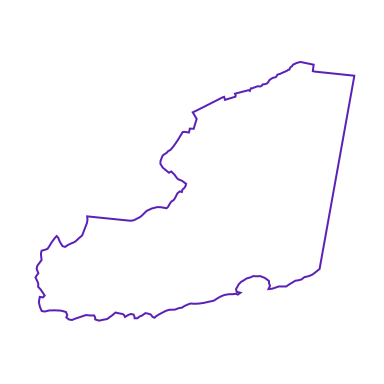 Kota Tinggi, Johor, Malaysia (Albers equal-area conic projection), rotated 100°
{"feature_id": "92858781B34033962801246", "entity_name": "Kota Tinggi", "entity_type": "district", "adm_level": 2, "iso_a3": "MYS", "parent_name": "Malaysia", "parent_adm1": "Johor", "projection": "albers", "projection_center": [103.994, 1.692], "detail": "fine", "context": "isolated", "style": "outline", "palette": "violet", "viewbox_px": 384, "rotation_deg": 100, "n_neighbors": 0, "source": "geoboundaries", "source_scale": "gbopen_adm2", "svg_char_len": 2949}
<svg xmlns="http://www.w3.org/2000/svg" viewBox="0 0 384 384"><g transform="rotate(100 192 192)"><path d="M79.7,152.1L82.4,152.6L81.9,154.0L87.7,166.7L89.3,165.8L90.6,165.8L95.5,175.5L92.7,176.9L93.4,178.2L111.6,202.5L113.4,205.1L119.2,200.1L129.4,201.3L130.0,205.2L132.1,205.2L134.0,205.4L134.0,207.0L134.0,209.3L134.6,211.6L144.1,215.3L150.5,218.3L154.4,220.6L155.8,222.5L157.9,223.8L159.9,226.1L161.3,227.3L163.9,227.8L166.8,228.4L169.8,228.0L173.1,225.0L177.0,218.1L175.4,216.0L178.1,212.1L180.4,209.8L181.8,208.0L182.7,203.8L185.0,199.2L187.6,199.5L189.9,200.6L191.2,201.8L193.8,202.0L193.5,204.1L195.8,206.1L199.1,207.1L201.8,208.0L203.4,208.9L205.0,210.7L207.6,211.9L210.8,213.0L212.4,214.2L212.4,217.4L212.4,220.2L212.9,223.6L215.2,228.7L216.8,231.0L218.6,233.5L220.9,235.1L224.1,237.4L225.7,238.8L227.8,241.6L229.9,244.3L231.0,247.5L234.2,291.0L237.5,290.1L240.9,290.1L253.8,292.6L257.5,295.6L260.9,298.2L262.5,300.2L263.9,302.5L266.0,305.3L268.1,307.4L267.8,310.1L265.5,312.2L263.5,313.8L260.2,315.9L258.9,317.7L261.2,319.1L265.8,321.4L269.9,323.0L273.1,324.4L274.5,326.9L275.9,329.9L278.7,330.1L280.5,329.7L285.1,328.3L291.5,331.5L294.5,331.7L296.1,330.8L298.7,329.2L301.0,330.4L303.3,331.3L307.2,328.5L309.3,327.4L312.0,327.1L314.3,324.1L317.3,321.2L319.6,319.1L321.7,320.5L321.7,323.7L327.0,323.7L331.6,321.8L335.3,319.3L335.3,316.3L333.4,311.9L332.3,306.2L331.6,300.7L332.0,295.4L334.8,293.5L337.3,294.0L338.9,291.2L338.9,288.0L336.6,284.3L334.8,280.9L331.6,275.1L331.3,271.0L330.6,266.9L332.2,265.7L334.3,265.2L334.8,261.1L333.4,257.7L331.8,253.5L329.9,251.7L327.6,249.4L324.0,246.4L324.2,242.0L324.2,239.0L325.1,237.4L326.7,236.3L324.4,233.7L322.8,231.2L322.8,228.4L324.6,227.1L326.3,226.6L325.8,223.8L323.7,222.0L322.3,219.7L319.4,216.9L319.4,214.2L319.8,211.4L321.9,209.1L322.3,207.0L320.5,205.7L318.0,202.9L313.8,197.4L312.0,194.2L310.8,188.4L308.5,184.5L307.6,181.7L305.8,179.9L303.7,176.9L302.1,174.1L301.6,169.8L300.5,165.2L299.1,161.0L296.8,155.5L295.2,151.6L292.4,148.6L289.9,145.6L287.8,142.2L286.2,137.8L285.5,133.9L284.6,131.1L285.1,129.1L282.8,126.8L282.5,130.7L280.0,131.8L274.9,130.0L272.0,128.1L270.1,125.8L267.6,123.1L266.2,120.1L264.1,116.9L263.9,114.3L263.0,110.2L263.9,105.6L265.1,103.1L266.2,100.8L268.5,100.3L270.8,98.9L274.3,99.8L273.3,96.2L271.5,92.9L269.9,90.0L269.2,85.8L268.7,82.8L266.0,80.1L261.4,74.8L260.5,72.0L259.1,69.0L256.3,66.5L255.4,64.2L254.0,61.4L252.4,59.1L250.3,57.1L245.7,53.0L50.7,52.3L49.3,52.4L52.1,92.0L52.0,94.0L45.5,94.3L45.1,107.9L45.6,109.0L46.2,110.0L46.8,111.6L47.4,112.2L48.2,113.3L48.9,114.5L50.1,115.1L51.1,115.6L51.9,116.6L53.2,117.1L54.6,117.4L54.9,118.4L55.9,119.3L56.7,120.3L58.9,123.7L60.2,125.5L61.0,127.1L61.6,128.2L63.0,128.7L64.3,129.4L64.8,130.3L65.3,131.8L66.2,133.0L67.3,134.2L68.5,135.3L70.4,135.9L72.2,137.1L73.2,139.0L73.8,141.1L75.3,141.8L76.3,143.3L76.4,145.5L77.3,147.2L78.5,149.2L79.4,150.6L79.7,152.1Z" fill="none" stroke="#5b21b6" stroke-width="2"/></g></svg>